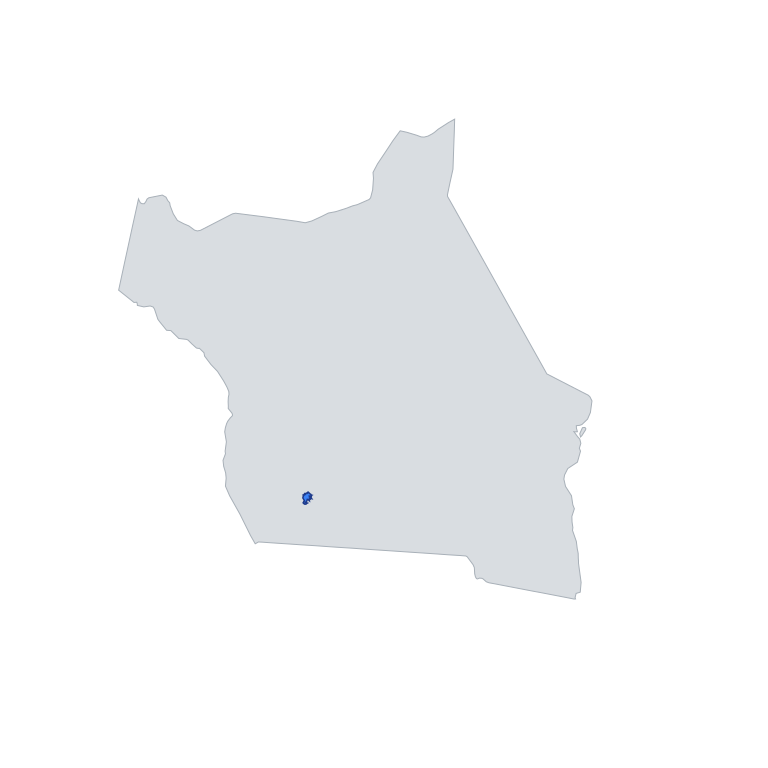 location of Bomet Central, Rift Valley, Kenya, rotated 331°
{"feature_id": "3690345B53477019337333", "entity_name": "Bomet Central", "entity_type": "district", "adm_level": 2, "iso_a3": "KEN", "parent_name": "Kenya", "parent_adm1": "Rift Valley", "projection": "natural_earth1", "projection_center": [35.326, -0.731], "detail": "fine", "context": "in_parent", "style": "filled", "palette": "blue", "viewbox_px": 768, "rotation_deg": 331, "n_neighbors": 0, "source": "geoboundaries", "source_scale": "gbopen_adm2", "svg_char_len": 5250}
<svg xmlns="http://www.w3.org/2000/svg" viewBox="0 0 768 768"><g transform="rotate(331 384 384)"><path d="M193.9,461.3L193.8,451.9L194.9,428.0L194.8,407.0L195.8,396.5L200.3,389.8L202.4,385.0L203.9,378.2L206.2,372.7L211.5,368.2L212.5,365.7L218.1,358.2L221.5,348.6L224.1,345.3L227.2,342.3L229.5,340.7L233.2,339.1L236.1,338.2L236.6,337.4L236.9,335.9L235.9,329.9L237.1,327.9L239.1,323.9L241.4,320.2L243.4,317.9L244.6,315.4L245.1,311.2L245.2,308.2L245.2,303.4L244.5,292.3L242.1,283.1L240.6,272.7L241.7,269.3L239.8,263.2L238.9,262.9L237.4,261.6L235.4,255.8L233.9,250.6L233.0,249.3L226.6,244.7L223.5,234.0L219.9,231.6L218.0,220.9L217.6,217.8L219.6,207.1L219.4,204.7L217.3,202.4L211.3,200.1L206.4,195.7L207.1,194.2L207.4,192.6L204.9,191.5L197.4,173.3L207.0,162.3L216.7,151.2L229.1,137.1L240.4,124.2L250.3,113.0L259.0,103.1L258.8,105.0L258.8,107.5L259.9,109.1L261.7,110.1L264.2,109.0L266.4,107.4L268.6,107.1L281.7,111.3L283.9,114.9L283.8,118.8L284.4,121.6L283.4,124.4L282.2,133.0L282.6,140.8L286.5,146.7L290.0,151.2L292.9,157.6L294.9,159.6L297.8,160.6L306.8,160.9L320.2,161.3L333.1,161.7L334.3,161.8L337.0,162.7L348.9,171.4L359.7,179.3L368.9,186.2L377.9,192.9L386.6,199.4L393.3,204.8L399.9,206.4L410.7,207.2L418.2,207.5L425.1,209.8L435.3,211.9L443.0,213.0L447.6,214.2L460.4,215.4L462.5,214.7L468.2,208.7L474.5,199.0L477.0,193.6L485.1,188.3L499.5,180.9L509.6,175.6L520.9,170.4L526.0,174.9L533.1,182.2L536.3,185.9L538.8,187.5L542.6,188.5L547.3,188.6L549.9,188.4L555.1,187.4L567.3,186.6L574.2,186.6L568.4,196.4L561.4,208.0L548.5,229.5L538.6,240.7L531.2,249.3L530.5,250.8L530.6,260.3L530.7,283.6L530.9,330.1L531.0,376.5L531.2,423.0L531.3,446.3L531.3,454.1L537.8,463.8L544.2,473.4L552.6,486.0L557.2,492.8L557.9,495.0L557.7,499.6L550.7,509.0L545.0,513.4L537.4,515.4L535.1,515.0L532.0,513.7L530.9,515.9L530.0,519.5L528.3,518.7L527.0,517.7L527.8,524.0L528.5,527.1L527.4,531.3L523.7,534.9L523.3,538.0L515.3,546.1L503.8,547.0L497.8,551.1L495.2,554.4L493.1,561.6L493.8,572.6L490.6,581.1L490.0,585.4L484.1,590.9L481.5,596.0L479.6,601.1L477.9,603.4L475.9,614.9L473.1,621.9L472.4,624.2L471.7,626.3L469.5,630.5L468.2,633.3L467.2,635.1L460.2,653.1L454.7,661.2L450.5,660.3L447.6,663.4L447.3,664.9L445.8,664.1L442.3,661.1L435.0,655.0L427.7,648.9L420.4,642.8L413.0,636.7L405.7,630.6L398.4,624.5L391.1,618.4L383.8,612.3L379.5,608.8L377.6,606.6L376.1,602.4L375.4,601.4L373.5,600.1L371.2,599.8L370.5,599.0L370.5,596.9L371.3,594.0L374.0,588.4L374.3,585.1L373.8,581.4L373.0,575.4L372.2,574.1L367.4,570.9L357.2,564.4L347.1,557.8L336.9,551.2L326.8,544.7L316.6,538.1L306.4,531.5L296.3,525.0L286.1,518.4L276.0,511.8L265.8,505.3L255.6,498.7L245.5,492.1L235.3,485.6L225.1,479.0L215.0,472.5L204.8,465.9L201.0,463.4L197.6,461.3L193.9,461.3ZM532.0,525.1L530.2,525.6L531.1,522.4L536.4,518.4L538.5,519.3L538.9,520.2L538.8,521.1L537.9,521.9L532.0,525.1Z" fill="#d9dde1" stroke="#a8b0b8" stroke-width="1"/><path d="M266.9,446.2L266.6,445.9L266.5,445.7L266.3,445.0L266.0,444.0L265.7,443.1L265.2,441.7L265.0,441.8L265.0,442.0L264.9,442.1L264.7,442.2L264.5,442.3L264.5,442.2L264.4,442.1L264.2,442.1L264.1,441.9L263.9,441.9L263.7,441.9L263.4,441.9L263.2,441.9L262.9,441.8L262.7,441.9L262.5,442.0L262.5,441.9L262.4,441.9L262.2,441.8L262.1,442.0L262.0,441.9L261.9,441.9L261.9,442.0L261.7,442.1L261.4,442.1L261.2,442.0L260.9,442.0L260.9,441.9L260.8,442.0L260.7,442.0L260.6,441.9L260.4,441.9L260.4,442.0L260.3,441.9L260.2,441.9L260.0,442.0L259.9,442.1L259.8,442.3L259.7,442.3L259.5,442.5L259.4,442.4L259.4,442.5L259.2,442.7L259.1,442.8L259.1,443.0L258.9,443.1L258.8,443.3L258.7,443.3L258.6,443.5L258.4,443.7L258.2,443.8L258.1,444.0L257.9,444.2L257.8,444.3L257.8,446.8L257.8,447.2L257.8,447.3L257.7,447.3L257.5,447.5L257.5,447.8L257.4,447.8L257.3,447.7L257.2,447.8L257.0,448.0L256.9,448.0L256.7,448.2L256.6,448.3L256.5,448.2L256.4,448.3L256.2,448.4L256.2,448.5L255.9,448.6L255.7,448.7L255.7,448.8L255.8,449.0L255.7,449.0L255.7,449.3L255.7,449.5L255.8,449.6L256.0,449.7L256.0,449.8L256.1,450.0L256.3,450.2L256.3,450.3L256.3,450.5L256.5,450.7L256.6,450.8L256.8,450.9L257.0,451.0L257.4,451.1L257.6,451.0L257.8,451.2L258.0,451.1L258.3,451.0L258.4,450.9L258.5,450.9L258.7,451.0L258.8,451.0L259.0,451.0L259.0,450.9L259.0,451.0L259.3,451.0L258.6,450.2L258.1,449.6L259.8,448.9L261.0,447.7L261.6,448.4L262.0,448.9L261.9,449.0L261.9,449.3L262.0,449.8L262.1,450.0L262.4,449.1L263.0,448.7L262.9,448.7L263.0,448.5L263.1,448.4L263.2,448.5L263.2,448.4L263.2,448.2L263.3,448.2L263.3,448.3L263.6,448.2L263.8,448.1L264.0,448.2L264.1,448.3L264.2,448.5L264.3,448.7L264.4,448.8L264.6,448.7L264.7,448.8L264.8,448.7L265.0,448.5L265.2,448.8L265.2,448.6L265.1,448.3L264.9,448.3L264.7,448.2L264.6,447.9L264.6,447.7L264.4,447.7L264.5,447.6L264.6,447.4L264.6,447.5L264.8,447.6L265.0,447.5L265.0,447.4L264.9,447.3L264.9,447.2L264.7,446.8L264.7,446.7L264.5,446.3L264.4,446.3L264.4,446.2L264.2,446.2L264.3,446.0L264.3,445.9L264.3,446.0L264.5,446.0L264.5,445.9L264.7,446.0L264.8,446.2L264.9,446.3L264.9,446.5L264.9,446.8L265.0,446.8L264.9,446.9L265.0,446.9L265.0,447.0L265.3,447.0L265.3,446.9L265.4,447.0L265.5,446.9L265.5,447.0L265.8,447.0L265.9,446.9L266.0,446.8L266.0,446.6L266.3,446.5L266.4,446.4L266.5,446.3L266.5,446.5L266.6,446.4L266.8,446.3L266.8,446.2L266.9,446.2Z" fill="#3b82f6" stroke="#1e3a8a" stroke-width="1.5"/></g></svg>